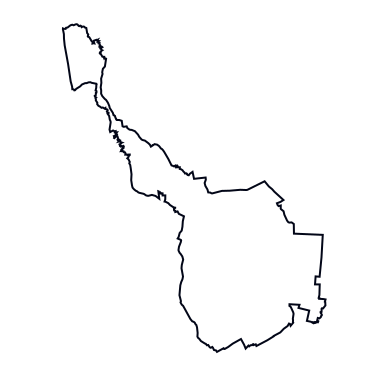 outline of Bogdanesti, Bacau, Romania, rotated 95°
{"feature_id": "2599482B17094917236522", "entity_name": "Bogdanesti", "entity_type": "district", "adm_level": 2, "iso_a3": "ROU", "parent_name": "Romania", "parent_adm1": "Bacau", "projection": "robinson", "projection_center": [26.663, 46.198], "detail": "fine", "context": "isolated", "style": "outline", "palette": "ink", "viewbox_px": 384, "rotation_deg": 95, "n_neighbors": 0, "source": "geoboundaries", "source_scale": "gbopen_adm2", "svg_char_len": 5976}
<svg xmlns="http://www.w3.org/2000/svg" viewBox="0 0 384 384"><g transform="rotate(95 192 192)"><path d="M100.2,318.7L101.0,318.1L100.8,317.4L99.3,316.3L96.5,312.6L94.5,311.0L92.9,308.0L92.7,306.4L91.8,304.6L91.5,302.8L92.0,301.4L92.5,296.7L93.1,296.4L93.7,296.6L96.6,296.5L99.3,296.9L99.6,296.1L100.7,295.8L101.6,296.0L101.7,296.4L103.9,296.3L104.7,297.3L105.0,297.2L106.2,295.7L106.8,296.4L108.1,295.8L109.2,295.8L111.3,294.1L112.8,294.1L114.3,292.7L114.9,291.2L116.0,289.5L115.6,288.2L116.5,286.5L115.8,285.6L116.9,285.4L117.1,283.8L117.7,283.2L118.1,283.1L119.3,283.8L120.1,283.2L120.3,282.0L120.5,281.9L120.9,282.0L121.0,282.8L121.3,283.0L123.4,281.2L127.1,280.2L128.7,279.3L129.9,279.1L137.0,279.6L139.4,278.7L137.6,276.0L138.3,274.3L138.1,273.7L139.1,274.0L139.0,272.0L140.3,273.0L140.7,272.1L141.2,271.8L141.9,273.2L142.6,273.6L143.1,274.7L143.5,274.5L143.8,273.7L144.6,274.3L145.7,274.6L142.6,271.8L143.0,271.1L145.3,270.2L146.3,270.8L146.9,270.5L146.6,269.8L146.8,269.6L146.4,268.9L147.1,268.2L148.0,269.0L147.8,268.4L148.0,268.1L147.7,267.8L148.5,267.6L148.9,266.1L149.4,267.1L149.9,267.0L150.9,268.4L151.8,267.9L152.1,267.0L152.7,267.4L153.0,266.9L152.7,266.3L152.9,265.5L152.3,264.9L152.4,264.4L152.2,264.2L152.6,263.9L154.3,264.1L154.9,265.2L156.3,266.2L156.6,266.2L156.6,265.7L157.3,266.1L157.2,265.7L157.6,265.2L157.4,263.7L158.3,263.3L158.3,262.3L159.1,261.7L160.6,261.7L160.3,260.2L160.9,259.7L160.2,258.5L160.1,257.3L160.8,257.3L161.4,258.0L162.8,258.4L164.1,259.4L165.0,258.1L167.5,256.6L168.9,257.0L170.5,255.9L173.7,255.1L179.6,253.8L185.5,253.6L190.8,252.3L192.8,251.6L194.2,250.2L195.6,248.2L196.1,246.8L197.1,245.4L197.4,244.4L198.0,240.2L198.3,239.3L199.3,237.7L199.6,236.4L199.6,235.1L198.4,231.7L199.1,228.0L201.6,224.0L194.2,225.6L194.3,225.2L196.3,224.0L196.3,223.5L195.4,223.3L196.3,222.1L195.9,221.7L195.9,221.2L198.0,221.0L197.7,218.3L201.6,218.0L203.9,218.5L204.0,217.6L205.2,214.6L206.8,212.9L208.5,209.8L209.0,208.5L209.1,207.4L209.3,207.4L209.5,208.7L211.9,208.2L212.1,207.1L213.4,206.9L212.6,204.7L214.9,203.2L216.9,197.9L221.9,198.6L227.5,198.5L231.4,198.9L233.9,200.7L238.0,201.4L239.6,202.2L240.7,198.9L241.2,198.6L242.9,198.8L247.7,200.2L251.0,200.4L251.7,200.2L253.7,199.0L254.7,197.9L257.1,196.0L260.1,194.9L265.6,195.8L268.9,195.8L277.0,193.6L279.7,193.9L282.7,194.9L285.9,195.5L295.9,195.5L301.7,193.5L303.0,193.8L305.1,192.4L306.2,190.9L318.6,182.6L320.8,180.5L321.2,179.0L321.9,177.9L323.5,176.9L324.1,176.1L326.4,175.2L331.9,174.1L335.6,174.0L336.8,173.2L337.5,172.1L339.7,170.1L341.9,165.8L342.0,165.1L343.4,163.7L343.0,162.5L344.9,161.0L345.5,160.1L345.5,159.6L344.6,158.3L345.3,157.6L347.5,156.3L347.7,154.3L349.1,153.2L344.9,146.9L345.6,146.3L345.5,145.7L343.2,142.4L339.5,138.2L334.2,130.4L339.6,126.8L343.3,124.9L340.1,122.4L340.8,121.6L339.6,120.4L339.3,118.8L338.5,118.3L338.3,117.7L339.1,117.3L338.2,115.2L339.8,114.4L333.1,104.0L328.6,98.0L328.3,98.1L324.2,91.8L320.2,88.6L317.2,85.1L314.6,83.9L314.9,82.9L316.7,82.1L313.4,79.8L313.1,80.1L310.6,80.2L309.7,80.5L304.5,80.2L303.0,80.7L298.4,83.3L297.6,83.9L297.0,85.0L295.3,85.1L295.0,75.1L298.2,75.8L299.9,64.9L310.4,66.3L310.9,62.2L312.2,59.5L312.0,59.0L311.4,60.2L311.1,60.1L311.7,57.9L311.6,57.7L310.7,59.1L310.9,58.0L310.7,57.4L310.8,55.2L309.7,54.9L309.0,56.1L306.5,55.7L306.8,54.1L305.5,52.8L304.3,52.6L303.7,52.0L302.8,52.0L301.0,53.4L300.6,53.4L300.7,53.0L300.3,52.5L296.9,52.7L296.5,52.4L296.6,51.3L293.4,49.2L290.0,49.7L289.8,50.1L287.4,49.6L287.2,51.6L287.3,55.9L286.7,55.8L286.5,56.6L283.6,56.1L272.9,56.7L273.3,61.4L265.3,61.5L265.3,57.5L246.0,57.3L223.3,58.0L224.6,86.8L215.0,87.8L213.6,90.1L214.0,92.4L213.7,93.4L212.2,94.8L206.6,98.0L203.2,99.1L201.3,101.9L200.8,102.2L197.7,102.4L198.5,104.5L197.5,105.6L196.0,106.3L195.8,106.4L194.1,102.9L192.0,100.2L184.5,110.0L182.2,112.4L179.8,115.9L175.0,120.6L185.0,137.0L185.3,138.1L185.6,144.1L187.4,154.4L188.3,162.3L191.6,171.6L191.6,172.5L191.0,173.7L191.0,175.8L188.2,176.8L184.8,179.2L181.9,180.2L178.5,179.3L176.4,179.7L178.7,191.1L171.9,193.2L174.1,195.8L175.6,196.7L175.5,197.6L174.9,198.5L174.3,198.6L173.9,199.1L174.2,200.6L173.2,201.2L172.4,202.3L171.1,203.4L170.3,204.9L170.1,206.2L168.4,206.3L168.7,209.1L168.2,209.0L167.9,208.3L166.9,209.0L167.1,209.6L167.8,209.5L168.3,210.1L167.5,210.2L167.0,210.6L167.5,211.2L167.5,211.6L168.1,212.1L167.6,213.3L167.3,214.7L161.1,218.5L154.6,223.1L152.9,224.5L151.8,225.7L151.4,226.7L149.2,228.7L147.9,230.8L147.6,233.5L148.6,234.6L148.7,235.3L149.2,235.4L150.4,236.9L148.5,238.1L147.2,239.7L144.9,243.4L144.5,245.9L144.0,246.9L141.7,249.3L139.5,250.8L136.4,254.2L135.4,257.5L135.4,259.2L135.2,259.9L133.9,262.0L132.3,262.8L133.0,265.7L132.6,266.9L127.2,268.2L126.6,270.8L126.8,273.2L126.3,273.9L125.5,274.0L124.8,274.7L122.9,275.4L122.4,276.6L122.2,276.5L121.1,277.4L120.1,277.7L115.4,281.3L113.5,281.9L110.5,283.5L107.8,285.6L106.8,287.1L104.3,289.7L102.0,291.1L98.8,291.3L95.7,292.1L91.2,291.8L87.0,292.4L82.2,291.4L80.5,291.9L77.0,291.5L74.6,289.7L66.7,289.2L66.3,290.2L66.5,290.6L66.3,290.9L66.6,291.1L65.6,291.6L65.0,291.4L65.0,293.1L62.4,294.9L62.4,295.4L61.8,296.0L60.9,295.9L60.5,295.0L59.5,294.8L58.7,293.8L58.5,294.4L57.7,294.7L57.2,295.6L56.8,295.2L56.4,295.4L55.5,294.0L55.2,294.4L55.5,295.3L55.2,295.8L55.6,296.5L55.5,296.9L55.1,296.9L54.3,295.9L53.5,296.5L53.3,297.0L51.2,297.1L51.0,298.0L51.3,298.3L50.3,298.6L50.5,299.3L50.1,299.3L49.6,298.5L49.5,299.3L49.2,299.6L48.6,299.3L49.0,300.0L48.7,300.4L49.8,302.9L50.5,303.1L52.5,302.2L52.4,303.2L52.8,304.1L50.8,304.2L50.4,305.2L46.9,307.7L46.5,308.3L46.4,309.1L46.0,309.4L44.1,309.1L42.8,310.3L37.8,311.6L37.5,313.0L36.8,313.7L36.6,314.3L36.8,315.5L37.4,316.3L36.2,317.1L36.0,317.8L36.6,318.7L36.5,319.3L35.2,320.6L34.9,321.4L35.2,322.7L36.2,324.4L35.8,325.9L36.5,327.6L39.0,330.3L39.4,331.8L40.5,332.1L40.6,333.8L40.3,334.8L41.1,334.8L45.8,333.4L50.3,332.9L57.1,331.6L75.3,326.6L92.4,322.5L97.5,320.6L100.0,320.2L99.9,319.7L100.2,318.7Z" fill="none" stroke="#020617" stroke-width="2"/></g></svg>